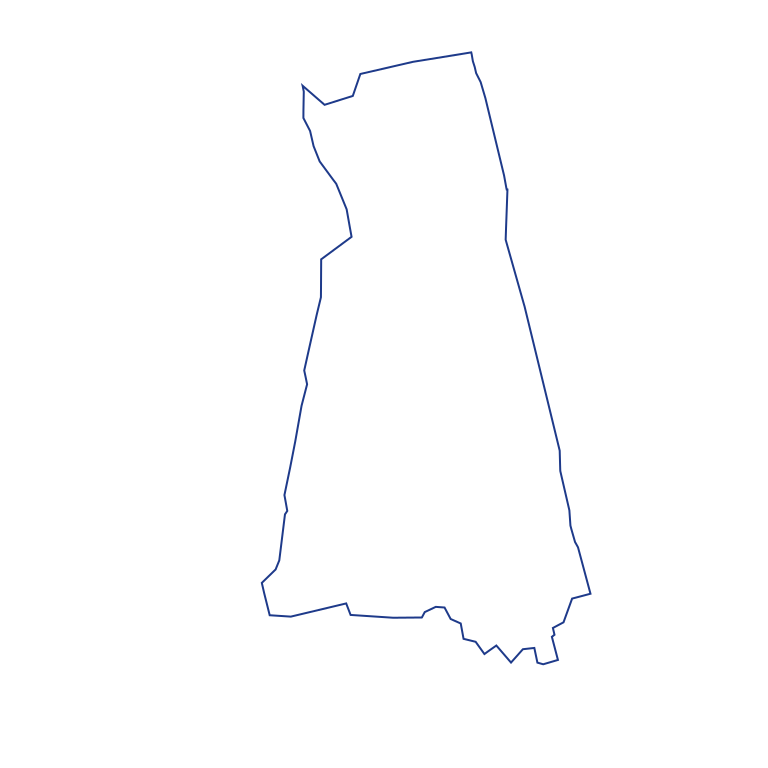 the district of Baherden, Ahal, Turkmenistan, rotated 347°
{"feature_id": "10190150B40000077655635", "entity_name": "Baherden", "entity_type": "district", "adm_level": 2, "iso_a3": "TKM", "parent_name": "Turkmenistan", "parent_adm1": "Ahal", "projection": "natural_earth1", "projection_center": [57.355, 39.019], "detail": "fine", "context": "isolated", "style": "outline", "palette": "blue", "viewbox_px": 768, "rotation_deg": 347, "n_neighbors": 0, "source": "geoboundaries", "source_scale": "gbopen_adm2", "svg_char_len": 1577}
<svg xmlns="http://www.w3.org/2000/svg" viewBox="0 0 768 768"><g transform="rotate(347 384 384)"><path d="M371.8,75.1L371.8,75.3L371.6,81.1L367.0,99.5L365.3,106.7L368.9,120.8L368.9,122.5L368.9,125.1L368.9,136.4L371.4,152.7L380.7,174.2L381.4,175.7L382.5,178.2L386.9,205.4L386.0,222.8L385.5,233.3L350.8,248.4L350.5,249.8L344.0,277.2L342.1,285.1L342.0,285.4L334.1,301.2L319.2,332.2L309.3,352.9L309.2,359.4L309.0,367.0L298.8,386.6L284.6,420.0L273.8,444.2L262.8,468.1L262.0,469.8L261.6,478.1L261.2,485.9L259.3,487.7L258.2,488.7L242.3,532.3L237.8,538.7L236.7,540.3L220.2,550.3L220.2,561.1L220.6,583.1L220.6,583.6L240.9,589.7L297.8,589.3L299.5,601.5L340.3,613.8L368.2,620.0L368.4,620.0L372.4,615.4L384.3,612.8L392.7,615.4L396.1,628.0L404.9,634.6L404.2,650.2L415.3,655.8L421.1,669.7L427.0,667.2L434.4,664.2L434.6,664.1L435.7,666.1L445.1,684.0L458.5,674.5L459.6,673.7L460.0,673.7L471.1,675.0L470.8,690.0L475.9,692.8L476.2,692.9L486.4,692.3L491.4,692.0L490.7,668.1L493.7,666.7L493.7,660.1L493.7,659.7L505.3,656.6L518.7,635.9L519.0,635.4L529.2,635.1L538.0,634.8L536.3,586.8L535.1,582.6L534.6,581.0L534.5,579.0L533.9,567.4L533.8,563.9L536.2,548.8L536.2,540.9L536.2,508.6L536.4,507.3L540.2,488.5L539.6,438.5L538.4,339.8L538.3,338.3L535.0,270.8L538.0,259.5L542.4,243.2L548.0,222.4L548.0,222.2L547.3,222.1L547.3,220.5L547.9,207.8L547.1,129.1L547.1,128.4L546.1,111.7L546.0,111.2L543.7,101.8L543.7,95.6L543.2,89.5L543.6,82.5L543.6,80.5L538.6,80.2L484.7,76.6L467.4,76.6L430.7,76.6L418.4,96.3L405.4,97.3L388.9,98.6L376.1,81.0L371.8,75.1Z" fill="none" stroke="#1e3a8a" stroke-width="2"/></g></svg>